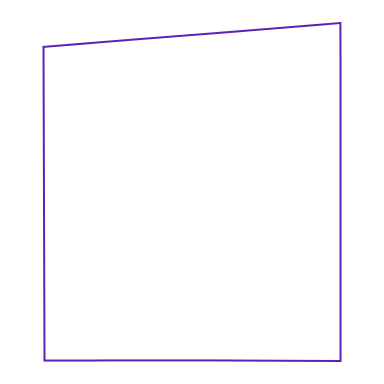 Jones, Mississippi, United States of America (Equal Earth projection)
{"feature_id": "52423323B52993259514924", "entity_name": "Jones", "entity_type": "district", "adm_level": 2, "iso_a3": "USA", "parent_name": "United States of America", "parent_adm1": "Mississippi", "projection": "equal_earth", "projection_center": [-89.153, 31.629], "detail": "fine", "context": "isolated", "style": "outline", "palette": "violet", "viewbox_px": 384, "rotation_deg": 0, "n_neighbors": 0, "source": "geoboundaries", "source_scale": "gbopen_adm2", "svg_char_len": 294}
<svg xmlns="http://www.w3.org/2000/svg" viewBox="0 0 384 384"><path d="M340.4,23.0L252.1,30.2L249.9,30.4L175.1,36.3L132.0,39.7L98.4,42.4L43.5,46.9L44.5,360.5L96.1,360.5L109.6,360.4L208.9,360.4L295.1,360.8L340.5,361.0L340.5,57.9L340.4,23.0Z" fill="none" stroke="#5b21b6" stroke-width="2"/></svg>